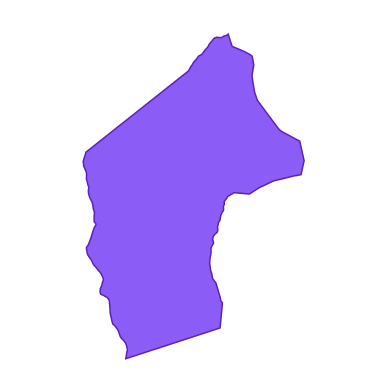 the district of Tamboril do Piauí, Piauí, Brazil, rotated 344°
{"feature_id": "56859067B55913234108674", "entity_name": "Tamboril do Piauí", "entity_type": "district", "adm_level": 2, "iso_a3": "BRA", "parent_name": "Brazil", "parent_adm1": "Piauí", "projection": "albers", "projection_center": [-43.099, -8.486], "detail": "fine", "context": "isolated", "style": "filled", "palette": "violet", "viewbox_px": 384, "rotation_deg": 344, "n_neighbors": 0, "source": "geoboundaries", "source_scale": "gbopen_adm2", "svg_char_len": 2261}
<svg xmlns="http://www.w3.org/2000/svg" viewBox="0 0 384 384"><g transform="rotate(344 192 192)"><path d="M270.3,50.1L268.0,51.1L265.7,50.9L262.8,51.8L260.3,50.8L258.2,50.0L255.7,50.3L251.7,53.0L249.5,54.5L247.4,56.8L243.3,59.4L241.1,61.1L239.2,62.5L235.7,63.2L232.5,65.8L229.9,67.3L228.5,68.5L227.1,70.0L225.5,71.0L223.7,72.9L222.1,74.6L101.0,124.5L99.9,126.4L98.0,129.2L96.7,131.3L95.7,132.8L95.6,134.8L95.0,137.1L95.7,142.1L95.9,144.1L95.4,146.3L94.8,148.3L94.1,150.1L94.1,153.6L93.9,155.5L94.1,159.2L92.9,161.5L92.1,165.1L92.1,167.6L92.3,170.1L93.1,173.9L93.1,176.3L92.8,179.1L92.5,181.3L92.7,184.4L90.8,189.7L89.8,193.5L90.7,195.7L90.6,197.3L88.4,199.0L84.2,205.1L82.4,208.1L80.6,210.4L78.9,212.7L77.4,214.5L75.3,216.1L74.8,217.6L74.7,219.4L74.4,222.3L74.6,224.2L76.6,230.1L77.0,233.3L77.6,235.4L78.6,237.2L80.5,241.9L81.5,243.8L82.2,246.1L82.6,248.6L82.8,250.7L82.5,252.3L81.0,254.2L79.8,256.5L78.5,258.1L77.2,259.7L76.0,263.0L76.1,265.1L78.7,267.2L80.4,269.1L81.5,270.1L82.6,273.3L81.2,280.7L80.0,285.8L79.4,294.7L79.5,297.1L80.7,298.9L82.5,303.3L82.9,305.2L83.0,307.0L83.2,311.4L83.8,313.0L85.8,316.9L86.5,319.0L86.7,320.9L86.6,323.8L86.3,326.5L85.2,327.8L84.0,330.6L82.4,334.0L146.9,331.7L160.4,331.2L181.5,330.4L190.7,307.0L190.1,305.5L189.7,303.9L190.0,302.3L190.1,300.5L190.0,298.3L190.0,296.4L190.0,294.0L190.0,291.1L190.0,288.5L189.8,285.5L188.9,283.4L188.0,280.8L188.3,277.9L188.5,275.4L188.3,273.4L188.3,271.7L188.8,269.7L189.0,267.5L189.3,265.5L190.1,263.2L190.8,261.5L191.5,259.8L192.7,257.7L193.9,254.7L194.3,252.4L195.5,250.2L197.2,248.6L198.5,247.3L198.9,245.5L198.8,243.3L199.7,241.3L200.9,239.9L202.9,238.7L205.2,237.6L206.3,236.0L206.6,234.3L207.0,232.4L207.9,230.9L209.2,228.6L211.2,226.7L212.0,225.1L212.7,223.4L214.0,221.4L215.5,219.8L217.1,218.6L217.8,216.6L218.2,214.6L219.7,212.7L220.2,210.3L221.5,209.2L223.4,207.8L225.1,206.1L232.3,204.3L246.7,209.8L257.7,206.4L273.7,203.8L284.6,204.3L293.5,204.6L301.6,205.4L308.4,192.8L309.6,172.9L295.2,158.9L293.2,156.3L291.3,151.7L290.1,148.5L287.2,140.8L284.1,132.6L280.9,124.1L280.1,121.7L279.7,113.6L280.7,104.2L281.0,101.8L281.3,99.7L281.7,96.7L285.3,89.2L286.4,86.9L287.3,78.0L285.1,75.3L280.7,71.1L270.7,63.1L270.3,50.1Z" fill="#8b5cf6" stroke="#5b21b6" stroke-width="1.5"/></g></svg>